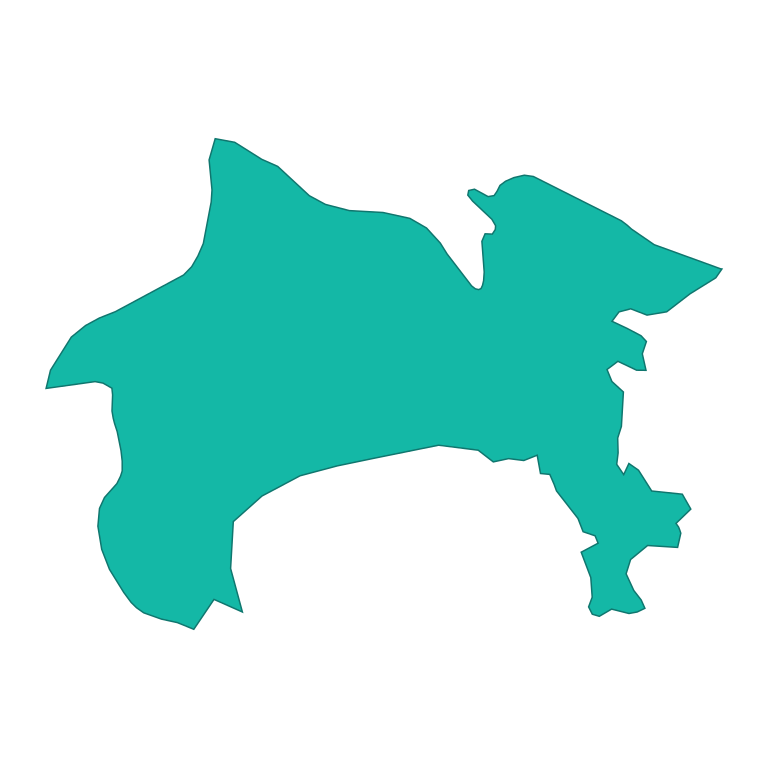 Kanagawa, Robinson projection
{"feature_id": "JPN-1857", "entity_name": "Kanagawa", "entity_type": "Prefecture", "adm_level": 1, "iso_a3": "JPN", "parent_name": "Japan", "parent_adm1": "", "projection": "robinson", "projection_center": [139.409, 35.386], "detail": "fine", "context": "isolated", "style": "filled", "palette": "teal", "viewbox_px": 768, "rotation_deg": 0, "n_neighbors": 0, "source": "natural_earth", "source_scale": "10m", "svg_char_len": 1936}
<svg xmlns="http://www.w3.org/2000/svg" viewBox="0 0 768 768"><path d="M721.9,269.0L715.8,277.8L689.9,293.9L666.7,311.8L647.0,315.1L630.7,308.8L619.0,311.9L612.0,321.3L627.1,328.4L641.1,335.8L646.4,341.5L642.3,353.8L646.0,370.3L636.6,370.2L617.9,361.3L607.0,369.5L611.9,381.5L623.4,392.0L621.4,426.4L617.7,438.0L618.1,452.9L616.7,464.3L623.7,474.6L628.9,463.5L638.5,470.2L651.7,491.0L682.3,494.2L690.8,509.1L676.0,523.4L678.6,527.1L679.8,530.2L680.8,533.2L677.6,547.4L647.6,545.5L630.6,559.5L626.1,573.8L633.8,590.5L641.2,600.0L644.9,608.3L637.2,612.0L629.0,613.5L611.6,609.1L599.3,616.3L592.3,614.2L588.6,606.9L592.2,597.2L590.8,577.6L581.2,552.2L598.1,543.2L595.1,535.8L583.1,531.7L578.0,518.5L556.5,490.9L554.1,484.3L549.8,474.4L540.5,473.5L537.2,455.2L523.8,460.5L508.6,458.6L493.3,461.9L478.2,450.2L438.5,445.2L373.8,458.3L337.2,465.9L300.0,475.8L262.0,496.0L233.3,521.6L230.6,568.5L242.4,612.0L214.0,599.4L193.8,629.3L177.4,622.6L161.4,619.1L143.7,612.8L136.5,607.7L131.2,602.5L123.8,592.5L109.5,569.4L101.7,549.3L97.9,526.2L99.5,508.4L104.5,497.5L116.9,483.6L120.5,476.3L122.2,471.0L122.2,461.1L121.0,450.6L117.2,431.6L114.6,423.6L113.2,418.1L112.0,411.0L112.6,394.9L111.9,388.2L103.0,383.1L95.1,381.6L46.1,388.4L50.5,370.2L71.3,337.1L85.6,325.5L99.4,318.0L115.3,311.7L183.6,275.0L191.7,266.7L197.9,256.0L203.3,243.6L211.2,202.0L212.0,190.0L209.1,159.9L215.2,138.7L234.7,142.3L261.7,159.3L277.7,166.4L309.3,195.7L325.4,204.4L349.3,210.6L383.0,212.5L409.9,218.4L426.5,228.0L440.3,243.1L447.1,254.0L471.6,285.9L475.3,288.8L478.6,289.6L481.0,288.6L482.5,285.4L483.6,280.7L484.2,272.1L481.9,241.3L485.1,233.8L492.3,234.1L495.3,229.5L495.6,225.7L491.9,219.3L472.6,201.1L467.8,195.1L468.7,190.5L474.5,189.2L488.1,196.6L494.1,195.6L497.1,191.2L500.0,185.4L505.6,181.2L513.9,177.6L524.3,175.2L533.4,176.5L621.4,220.8L627.3,225.3L631.5,229.1L654.2,244.7L720.3,268.7L721.9,269.0Z" fill="#14b8a6" stroke="#0f766e" stroke-width="1.5"/></svg>